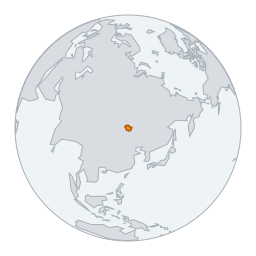 Dundgovi on an orthographic globe, rotated 36°
{"feature_id": "MNG-3325", "entity_name": "Dundgovi", "entity_type": "Province", "adm_level": 1, "iso_a3": "MNG", "parent_name": "Mongolia", "parent_adm1": "", "projection": "orthographic", "projection_center": [106.117, 45.486], "detail": "medium", "context": "on_globe", "style": "filled", "palette": "amber", "viewbox_px": 256, "rotation_deg": 36, "n_neighbors": 0, "source": "natural_earth", "source_scale": "10m", "svg_char_len": 12190}
<svg xmlns="http://www.w3.org/2000/svg" viewBox="0 0 256 256"><g transform="rotate(36 128 128)"><circle cx="128" cy="128" r="113" fill="#eef3f6" stroke="#a8b0b8"/><path d="M195.0,37.5L195.5,37.8L194.3,38.0L186.2,35.3L185.6,34.1L183.7,33.8L184.4,35.4L185.2,36.6L179.6,39.9L180.5,47.7L184.5,51.5L180.7,49.9L190.7,58.3L193.6,64.5L188.1,56.7L185.7,55.4L186.5,59.1L184.3,58.7L183.4,60.3L180.7,59.4L177.7,55.2L175.9,54.7L176.6,57.4L174.3,58.5L173.6,54.5L169.5,56.1L163.7,49.9L164.0,41.0L158.5,37.9L152.8,29.8L151.1,30.3L147.8,27.9L144.6,27.6L144.5,26.5L142.0,27.3L142.7,28.5L141.9,29.3L140.1,29.4L139.6,27.8L140.4,27.5L139.3,27.1L139.9,26.3L138.5,26.7L138.2,24.9L135.8,26.8L133.2,25.5L133.7,24.3L137.2,24.3L147.1,22.4L148.6,21.6L147.3,20.3L137.4,17.8L137.7,17.2L135.4,16.4L133.6,16.6L134.7,17.4L130.9,17.9L132.7,19.0L131.4,19.4L131.9,20.9L128.0,20.8L123.9,20.1L123.3,19.1L121.6,18.8L119.0,20.1L114.9,18.7L107.0,19.1L106.4,18.8L110.8,17.4L118.6,16.4L124.3,15.5L116.7,16.4L115.3,16.2L113.4,16.4L111.2,16.7L110.2,17.0L108.9,17.1L114.3,16.2L116.9,15.9L117.2,15.9L115.0,16.1L118.7,15.8L120.4,15.6L128.3,15.4L136.3,15.7L144.2,16.5L152.0,17.9L159.7,19.9L167.2,22.4L174.5,25.4L181.6,28.9L188.5,33.0L195.0,37.5ZM233.5,91.6L232.6,90.1L232.8,89.7L233.5,91.6ZM232.3,90.2L232.6,90.5L232.4,90.4L232.3,90.2ZM232.3,90.8L232.3,90.4L232.4,91.0L232.3,90.8ZM232.4,91.8L232.3,91.2L232.4,91.3L232.4,91.8ZM232.2,92.8L232.1,93.0L232.0,92.3L232.2,92.8ZM186.0,37.3L184.6,35.6L184.9,34.4L186.3,35.8L186.0,37.3ZM185.2,40.1L183.9,39.0L186.1,39.0L186.2,39.6L185.2,40.1ZM187.8,54.5L187.1,52.6L188.5,54.7L187.8,54.5ZM183.8,60.7L184.7,61.4L183.8,61.9L183.8,60.7ZM134.0,20.8L132.9,20.8L133.4,20.5L134.0,20.8ZM135.1,21.5L136.4,21.1L137.1,21.4L136.3,21.6L135.1,21.5ZM178.9,61.2L177.3,62.0L178.4,60.5L178.9,61.2ZM133.4,21.8L138.3,22.0L139.6,22.5L137.6,23.7L133.4,21.8ZM176.0,62.0L172.1,64.1L173.8,65.9L166.8,62.3L172.5,61.5L173.6,59.3L174.3,61.2L176.0,62.0ZM143.8,28.9L142.9,27.6L145.3,28.7L143.8,28.9ZM145.5,29.4L154.2,31.8L154.5,33.8L151.6,32.5L153.4,35.3L149.3,35.0L147.4,33.5L148.0,32.2L146.0,33.1L145.5,29.4ZM163.6,60.1L162.3,60.1L163.1,59.3L163.6,60.1ZM141.8,29.7L143.5,30.0L143.9,31.7L140.6,31.6L141.5,31.0L141.8,29.7ZM155.9,36.2L155.6,37.6L152.3,37.7L151.7,38.3L149.3,35.2L155.9,36.2ZM140.5,30.7L138.8,31.5L137.0,30.7L140.1,29.6L140.5,30.7ZM145.4,32.3L145.5,33.1L144.4,32.6L145.4,32.3ZM129.4,28.9L131.4,28.9L131.8,29.8L129.4,28.9ZM138.4,31.8L139.0,32.1L139.4,32.5L138.0,32.9L138.4,31.8ZM147.1,35.6L145.7,35.4L147.9,36.9L145.5,37.2L144.3,35.1L143.8,36.1L143.0,36.2L142.9,34.4L147.1,35.6ZM137.7,34.6L135.4,32.3L131.5,31.8L131.0,31.0L137.4,31.9L137.7,34.6ZM140.8,34.6L138.8,34.4L139.2,33.4L140.8,32.9L140.8,34.6ZM144.2,38.2L148.3,38.2L148.4,38.7L144.2,38.2ZM136.5,34.6L137.1,35.2L136.2,34.7L136.5,34.6ZM141.8,37.2L143.2,37.2L143.3,37.7L141.8,37.2ZM137.1,36.4L136.4,35.7L137.4,35.3L137.1,36.4ZM139.2,37.0L139.0,37.7L138.3,35.6L139.8,36.8L139.2,37.0ZM141.6,37.7L142.1,38.0L141.0,37.7L141.6,37.7ZM133.4,38.4L132.3,35.9L134.7,35.0L135.5,37.5L133.4,38.4ZM40.5,57.1L43.3,57.4L40.6,61.9L39.1,72.7L38.3,75.0L34.9,77.4L30.8,91.8L33.8,91.6L33.7,102.8L36.0,108.3L43.1,102.9L39.5,93.7L42.4,88.6L48.1,93.0L51.9,101.5L53.1,99.8L53.7,91.8L57.6,91.3L54.3,88.9L53.4,91.6L51.3,90.3L52.0,87.7L53.4,87.6L53.1,84.6L46.7,86.4L45.1,89.4L42.6,83.9L39.7,88.5L37.9,88.3L42.2,80.5L44.1,79.0L49.5,68.5L47.3,69.5L42.0,79.6L42.3,77.6L39.2,79.4L41.8,76.4L48.1,65.6L47.8,60.9L42.2,60.6L43.2,57.8L46.3,53.4L53.7,48.8L50.8,55.8L53.3,54.6L58.4,49.9L57.1,52.6L58.8,51.6L58.2,54.3L61.7,55.3L61.7,57.9L67.4,55.9L68.1,57.1L64.6,57.8L62.1,59.8L62.6,66.7L64.0,67.3L67.6,65.6L67.3,67.8L70.8,65.3L73.2,68.6L73.1,62.7L77.4,60.9L81.2,61.8L82.6,60.3L76.4,58.9L74.0,59.4L71.9,61.4L65.2,62.3L64.1,60.5L71.1,55.9L70.3,53.0L76.1,51.0L89.2,55.4L92.5,58.7L88.8,68.0L85.6,68.2L85.3,64.9L81.6,69.7L83.8,68.5L83.6,70.5L87.6,69.6L87.6,71.0L91.4,68.0L91.9,69.6L89.5,71.5L95.8,72.0L97.9,75.2L99.4,74.7L100.3,73.2L102.4,78.5L103.3,77.9L103.0,75.9L104.7,73.5L108.6,71.4L109.1,73.3L107.8,74.3L105.8,79.5L102.2,82.2L102.8,82.8L106.0,80.9L108.5,74.6L110.6,72.8L109.9,75.8L110.4,74.5L111.6,74.3L113.3,75.9L114.3,72.6L127.3,67.9L131.8,70.9L129.8,73.9L139.3,73.5L143.8,77.4L143.5,75.4L147.9,74.3L146.5,73.1L146.7,72.1L157.4,69.3L160.3,70.3L164.6,67.5L164.5,66.6L162.6,65.6L166.8,62.3L173.8,65.9L173.7,67.7L178.1,68.9L177.4,73.1L178.9,77.2L175.6,81.4L177.1,84.6L178.6,84.7L181.8,89.3L182.8,98.6L175.1,90.4L172.2,77.3L172.8,82.5L170.6,81.2L169.6,83.0L170.2,86.8L171.6,87.3L162.1,93.7L159.5,104.1L164.6,103.0L167.8,105.7L169.4,117.9L159.6,135.0L163.7,139.8L164.0,143.1L160.4,145.5L159.9,140.7L156.3,139.2L156.6,136.2L150.6,138.8L150.8,134.7L146.0,139.0L147.8,142.2L153.0,141.2L148.8,147.0L154.1,152.3L154.6,158.8L145.6,170.4L136.5,173.7L136.0,175.6L132.4,173.3L127.6,176.9L134.2,187.7L133.9,190.6L126.1,195.6L126.0,193.5L116.5,187.4L114.7,194.0L121.8,200.2L124.3,206.5L118.7,204.2L116.2,198.5L112.9,196.1L113.9,190.4L111.2,180.9L105.6,181.7L106.1,178.0L101.6,169.1L93.6,169.7L80.9,175.9L79.0,184.7L74.6,186.9L69.7,171.3L70.1,161.6L66.7,160.8L63.0,149.9L51.8,141.4L51.6,138.3L49.2,137.6L46.8,132.2L47.2,127.2L45.1,125.3L44.4,138.6L46.9,140.7L51.0,139.4L50.2,143.4L52.6,149.3L44.6,153.1L30.4,146.8L31.5,139.6L33.7,113.4L35.1,111.9L35.2,111.6L35.4,111.2L33.0,113.1L34.2,108.3L30.3,124.8L28.6,130.5L30.2,146.9L29.4,147.1L30.6,151.4L37.7,156.6L37.2,158.6L32.3,164.2L24.7,165.8L27.2,175.3L29.1,181.3L27.9,179.6L24.4,172.3L21.5,164.7L19.1,156.9L17.3,148.9L16.1,140.9L15.5,132.8L15.4,124.6L16.0,116.5L17.1,108.4L18.8,100.4L21.1,92.6L23.9,85.0L27.3,77.6L31.2,70.4L35.6,63.6L40.5,57.1ZM38.4,60.4L37.4,61.5L38.4,60.4ZM53.2,114.6L57.1,119.5L59.8,112.7L61.5,114.1L61.8,111.4L60.0,112.2L61.3,105.2L64.6,105.9L66.4,103.4L65.2,101.6L59.0,101.6L57.0,111.5L54.2,112.3L53.2,114.6ZM114.9,16.2L114.3,16.3L112.0,16.6L113.0,16.4L114.9,16.2ZM102.4,18.9L100.5,19.0L102.5,18.7L103.6,18.3L109.1,17.3L106.4,18.7L106.6,18.1L102.4,18.9ZM115.8,16.6L112.6,16.9L116.2,16.5L115.8,16.6ZM69.0,44.8L67.3,46.4L65.4,46.6L65.5,44.1L68.2,43.6L69.0,44.8ZM65.4,48.7L72.3,45.2L72.6,46.9L71.3,46.5L70.8,47.9L68.5,47.7L62.0,53.0L59.9,53.7L61.0,48.2L61.8,49.5L63.4,47.7L65.4,48.7ZM89.6,35.5L92.6,34.6L89.3,39.3L86.9,39.6L86.7,36.9L89.5,34.9L89.6,35.5ZM129.0,24.3L130.4,24.0L130.5,24.4L129.5,24.9L129.0,24.3ZM130.3,28.8L123.2,25.9L124.4,25.4L118.8,24.5L119.8,23.0L123.4,23.5L119.9,21.9L123.6,21.8L120.9,20.9L128.8,22.3L131.9,22.3L128.1,22.8L127.1,24.1L127.6,24.7L131.4,26.6L137.6,27.6L137.7,29.3L136.0,30.2L134.5,30.2L135.0,29.1L132.6,30.0L132.1,28.3L130.3,28.8ZM116.6,43.6L117.8,41.7L113.0,44.2L112.5,42.1L112.0,42.5L110.2,41.4L107.1,40.8L107.4,39.8L106.1,40.0L104.9,39.3L103.2,39.4L103.1,37.6L101.0,37.5L102.2,36.8L98.6,37.2L101.2,36.1L99.9,35.3L98.0,36.7L101.8,28.5L101.3,26.3L99.5,25.0L104.3,23.8L109.1,24.2L113.1,25.9L112.9,28.5L115.1,27.5L115.6,28.5L113.7,28.8L117.0,29.0L116.9,29.9L120.6,32.2L125.5,32.1L126.9,33.0L124.9,33.5L127.8,34.1L125.1,35.7L126.0,36.5L124.3,39.0L120.0,39.7L121.4,40.5L120.2,42.6L116.6,43.6ZM132.8,39.0L127.8,40.1L125.0,39.6L129.1,35.5L128.6,34.6L131.1,32.3L135.1,33.1L134.0,33.7L133.9,34.5L132.7,33.9L133.5,34.9L132.0,35.8L132.3,36.9L130.6,36.9L132.8,39.0ZM39.6,75.3L39.4,76.7L39.5,78.5L37.6,79.8L39.6,75.3ZM43.7,67.8L43.9,68.7L41.2,71.1L41.5,69.8L43.7,67.8ZM46.2,67.3L44.1,68.6L45.4,67.1L46.2,67.3ZM64.9,58.6L65.3,59.5L64.5,60.1L63.2,60.2L64.9,58.6ZM102.3,51.4L103.4,50.2L104.1,50.4L107.9,48.9L108.5,50.4L106.5,51.9L102.3,51.4ZM41.2,102.6L39.2,102.4L39.5,100.9L40.1,101.2L41.2,102.6ZM37.3,90.5L37.2,94.2L36.8,90.8L37.3,90.5ZM103.7,52.9L105.1,52.0L104.6,53.3L103.7,52.9ZM109.2,51.5L108.9,52.9L109.1,50.4L109.2,51.5ZM37.5,195.0L35.1,191.6L32.8,186.7L35.1,188.6L35.7,187.3L38.3,192.5L40.4,198.8L38.1,195.9L37.5,195.0ZM152.7,218.3L156.1,218.2L155.9,218.5L152.7,218.3ZM149.2,217.6L153.1,217.3L148.5,218.4L149.2,217.6ZM154.6,217.2L158.5,216.0L160.2,215.3L159.9,216.0L154.6,217.2ZM146.6,217.9L132.2,218.2L126.5,217.2L127.9,216.0L137.1,216.4L146.6,217.9ZM127.4,216.0L118.7,211.8L106.9,199.0L111.2,199.9L123.5,208.1L122.7,209.2L128.0,212.4L127.4,216.0ZM148.4,209.0L147.6,212.4L139.7,212.5L136.1,212.1L133.6,207.6L135.0,205.4L137.9,205.4L149.4,196.7L153.4,198.5L149.8,202.2L153.1,205.0L148.4,209.0ZM79.4,185.7L81.6,191.7L79.3,191.7L79.4,185.7ZM154.0,190.3L149.4,194.5L153.6,189.0L154.0,190.3ZM156.5,185.1L156.8,187.1L154.9,185.3L156.5,185.1ZM135.9,178.6L132.7,179.0L132.7,177.5L136.6,176.1L135.9,178.6ZM155.0,164.3L155.0,168.9L154.4,170.5L153.0,167.9L155.0,164.3ZM111.5,66.4L105.5,66.6L101.6,68.1L100.1,71.0L99.6,67.2L105.6,64.8L111.5,66.4ZM125.3,67.5L126.5,65.2L127.7,66.3L127.6,66.9L125.3,67.5ZM124.8,66.0L123.1,63.2L125.0,62.0L125.9,64.5L124.8,66.0ZM113.2,57.6L111.3,57.5L111.9,56.4L113.2,57.6ZM180.0,227.9L178.3,228.8L177.4,228.8L175.0,230.0L177.7,228.3L174.0,230.3L172.8,230.2L168.9,231.2L147.0,237.7L142.4,238.0L144.0,237.1L140.7,234.3L142.3,234.3L141.8,231.8L155.0,227.7L164.6,220.8L171.4,219.6L176.9,213.9L183.7,212.0L181.4,216.0L188.2,215.4L193.7,206.2L196.9,211.6L201.1,211.0L201.2,213.1L193.3,219.8L180.0,227.9ZM217.6,195.2L218.4,194.5L219.2,193.8L218.1,195.2L217.6,195.2ZM222.8,187.0L223.1,186.9L222.8,187.4L222.8,187.0ZM222.6,187.2L223.2,186.0L223.0,186.7L222.6,187.2ZM219.3,187.4L219.8,186.5L220.0,186.6L219.3,187.4ZM161.0,217.5L165.8,214.3L168.3,213.6L161.0,217.5ZM218.6,187.2L217.3,188.3L217.5,187.7L218.6,187.2ZM218.8,186.1L218.7,185.6L219.4,186.4L218.8,186.1ZM216.3,186.8L217.9,186.6L216.1,187.1L216.3,186.8ZM215.3,187.8L214.2,188.2L214.2,187.9L215.3,187.8ZM201.2,197.6L205.7,198.7L201.9,200.8L197.7,200.7L194.1,204.5L186.2,207.3L188.1,205.2L187.1,203.4L178.8,205.1L177.1,204.1L180.1,202.2L174.5,202.4L180.6,200.1L183.1,202.5L186.5,198.9L192.4,197.4L197.9,196.1L202.3,196.2L201.2,197.6ZM180.6,207.0L181.6,206.6L180.7,207.8L180.6,207.0ZM211.9,188.2L213.6,188.4L213.4,188.9L212.5,189.3L211.9,188.2ZM203.3,195.1L208.0,190.0L209.1,189.4L205.9,194.0L203.3,195.1ZM206.9,189.0L209.1,188.0L210.2,188.8L209.7,189.4L206.9,189.0ZM168.1,207.2L167.8,208.2L166.2,207.8L168.1,207.2ZM170.2,206.3L175.0,206.1L169.7,207.1L170.2,206.3ZM155.4,205.6L156.8,207.6L161.4,205.6L157.9,208.0L160.9,211.0L159.9,212.4L156.8,209.2L155.7,213.1L153.7,213.2L152.6,210.1L154.7,205.8L156.7,203.8L164.9,201.9L155.4,205.6ZM170.2,203.7L168.9,201.4L169.8,199.5L171.2,200.6L170.2,203.7ZM165.0,195.8L161.5,193.1L158.4,194.8L164.7,189.3L167.0,192.8L165.0,195.8ZM162.0,189.1L159.1,190.7L162.1,187.6L162.0,189.1ZM158.3,189.7L158.0,187.4L160.3,187.4L158.3,189.7ZM163.5,189.0L164.0,184.9L165.2,187.1L163.5,189.0ZM156.9,182.2L161.9,185.4L155.4,184.6L154.9,176.6L157.7,176.2L156.9,182.2ZM170.9,145.6L170.1,143.2L172.5,142.1L172.4,144.1L170.9,145.6ZM179.7,136.9L172.9,141.0L167.3,144.5L169.2,145.3L168.1,149.9L165.2,146.3L169.0,140.8L173.2,139.0L173.6,135.1L176.6,131.9L175.6,127.4L176.8,125.0L179.0,128.6L179.7,136.9ZM174.9,125.5L174.2,117.2L178.9,117.2L180.1,119.1L178.5,122.8L176.1,122.5L174.9,125.5ZM175.4,115.3L173.1,115.0L167.2,103.7L167.1,101.4L174.1,109.7L172.3,109.9L172.9,112.8L175.4,115.3ZM162.8,61.1L162.3,60.2L163.5,60.7L162.8,61.1ZM145.9,71.4L146.4,70.2L147.8,70.8L145.9,71.4ZM148.5,67.2L146.5,67.4L148.4,66.4L148.5,67.2ZM142.2,68.0L145.7,67.1L142.7,69.2L142.2,68.0Z" fill="#d9dde1" stroke="#a8b0b8" stroke-width="1"/><path d="M129.3,126.2L129.7,126.2L129.8,126.1L130.0,125.9L130.3,125.8L130.3,125.5L130.5,125.4L130.5,125.5L130.8,125.6L130.7,125.8L130.9,126.1L131.0,126.3L131.0,126.5L131.0,126.9L131.1,127.1L131.3,127.1L131.3,127.3L131.3,127.5L131.3,128.1L131.4,128.7L131.5,128.8L131.4,128.9L131.2,129.0L130.5,129.3L130.4,129.3L130.3,129.7L130.3,129.8L130.2,129.9L130.0,130.0L129.9,130.0L129.7,129.9L128.8,130.2L128.7,130.3L128.4,130.4L127.9,130.5L127.7,130.5L127.6,130.4L127.5,130.2L127.4,130.0L127.3,129.9L127.1,129.6L126.1,129.4L125.4,129.3L125.3,129.2L125.2,129.1L125.2,128.9L125.2,128.7L124.8,128.5L124.8,128.4L124.8,128.2L124.7,128.1L124.6,127.9L124.6,127.7L124.8,127.5L125.2,127.5L125.2,127.3L125.3,127.2L125.3,126.9L125.4,126.7L125.6,126.7L125.8,126.5L125.8,126.4L125.9,126.2L126.0,126.1L126.3,126.0L126.4,125.8L126.8,125.9L126.9,126.0L127.0,126.1L127.1,125.9L127.3,125.8L127.4,125.6L127.5,125.5L127.8,125.7L128.0,125.8L128.8,125.9L129.0,125.9L129.3,126.1L129.3,126.2Z" fill="#f59e0b" stroke="#b45309" stroke-width="1.5"/></g></svg>